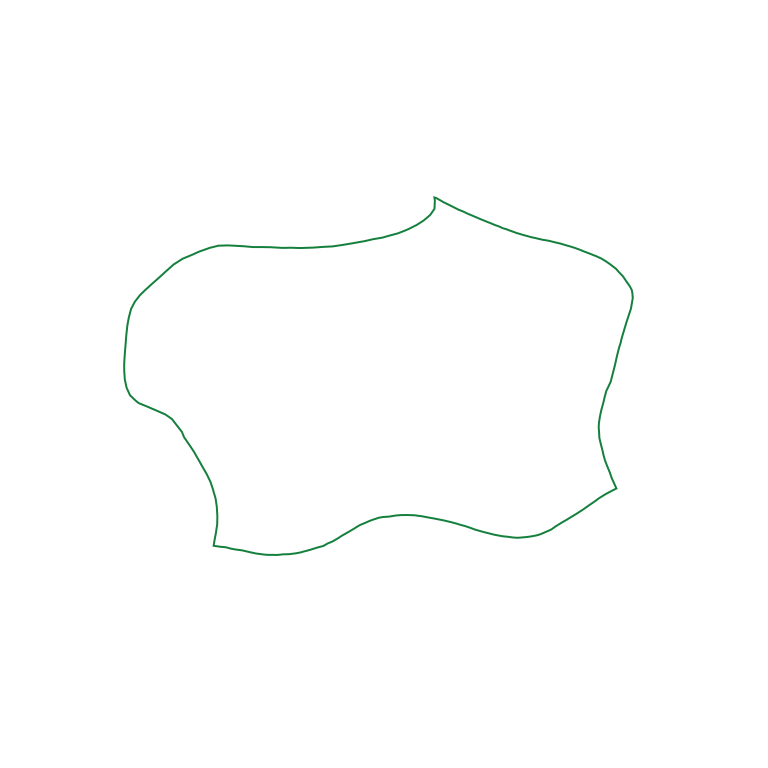 the district of Amd, Hadramawt, Yemen, rotated 217°
{"feature_id": "15242507B45832769830873", "entity_name": "Amd", "entity_type": "district", "adm_level": 2, "iso_a3": "YEM", "parent_name": "Yemen", "parent_adm1": "Hadramawt", "projection": "albers", "projection_center": [47.902, 15.341], "detail": "fine", "context": "isolated", "style": "outline", "palette": "green", "viewbox_px": 768, "rotation_deg": 217, "n_neighbors": 0, "source": "geoboundaries", "source_scale": "gbopen_adm2", "svg_char_len": 4354}
<svg xmlns="http://www.w3.org/2000/svg" viewBox="0 0 768 768"><g transform="rotate(217 384 384)"><path d="M422.7,152.3L420.8,153.3L416.8,155.5L412.3,158.3L409.7,159.4L407.8,160.1L403.3,162.3L400.0,164.2L396.3,166.2L396.2,166.2L390.1,168.9L384.2,171.6L380.4,173.8L379.4,174.3L375.2,176.8L373.6,177.9L371.3,179.6L369.3,181.1L366.5,183.1L365.1,184.4L361.7,187.6L359.1,189.6L357.1,191.2L355.6,192.7L352.6,195.6L348.9,199.7L347.7,201.4L345.2,204.5L342.5,208.1L341.5,209.5L338.7,213.4L336.5,216.2L335.0,218.1L333.0,222.8L330.9,226.3L330.1,227.8L329.1,230.2L327.8,233.4L326.3,237.6L324.6,241.5L323.9,243.1L322.8,245.7L321.4,249.1L321.1,249.9L319.7,253.5L318.9,255.5L318.2,257.1L316.2,260.5L313.1,266.0L311.9,267.9L311.1,269.1L307.4,274.4L304.5,277.4L300.0,281.3L299.9,281.4L295.5,286.0L291.5,289.6L290.4,290.4L286.4,293.5L280.5,297.6L278.5,298.7L274.3,301.1L267.6,304.4L263.9,306.3L262.5,307.0L260.0,308.2L255.5,310.4L252.9,311.6L251.2,312.3L247.0,314.2L243.6,315.5L242.8,315.9L238.3,317.5L233.6,319.4L230.8,320.3L228.8,321.0L226.1,321.8L224.3,322.3L219.3,324.2L214.5,326.1L210.0,328.0L205.5,329.9L201.6,331.8L197.6,333.8L193.7,336.2L190.1,338.2L189.2,338.7L188.1,339.4L185.0,341.4L182.1,343.9L180.8,345.1L179.3,346.4L177.3,348.3L174.2,351.4L171.0,355.0L170.5,355.6L169.0,357.7L168.2,358.9L165.4,363.9L164.3,365.8L162.8,368.6L161.3,373.4L159.9,377.0L158.2,381.4L157.5,382.9L156.3,385.8L156.1,386.2L155.8,387.1L153.5,392.9L152.3,395.8L152.0,396.6L151.2,398.9L150.6,400.5L150.3,401.2L149.1,404.7L147.7,409.1L147.0,411.3L146.2,413.6L144.7,418.1L144.4,419.3L143.6,422.0L142.1,425.9L140.7,429.5L138.9,433.4L137.2,437.0L136.6,438.2L135.5,440.4L141.6,443.8L145.5,445.9L151.0,449.6L156.8,453.0L161.8,456.2L164.4,458.2L166.2,459.6L170.6,463.3L171.4,463.9L175.3,467.0L179.7,470.7L183.5,475.3L186.3,478.4L189.0,482.4L192.0,488.0L195.0,494.5L195.7,496.4L196.3,497.9L197.0,499.6L197.9,501.9L199.2,504.8L199.6,505.5L200.9,508.9L201.9,511.3L202.3,512.3L202.5,513.4L203.0,516.0L204.3,522.1L204.7,523.1L207.0,528.6L207.7,530.3L208.4,532.0L211.1,538.5L214.1,545.0L215.7,548.7L218.4,555.2L219.7,559.1L221.3,562.5L222.7,566.2L224.2,570.3L225.1,572.6L226.5,576.5L227.3,578.6L228.4,581.8L229.4,584.8L232.1,592.7L234.0,596.4L234.8,598.0L237.2,602.6L238.0,603.4L240.0,605.7L242.7,608.2L246.6,610.0L248.7,610.7L251.9,611.7L255.0,612.8L258.0,613.8L263.6,614.7L266.5,615.3L267.7,615.6L271.4,615.7L274.0,615.7L276.4,615.7L278.6,615.6L280.6,615.5L285.9,615.0L291.8,613.7L293.4,613.2L297.6,612.1L303.0,610.5L308.3,609.1L313.6,607.5L317.3,606.2L320.9,604.8L327.1,602.5L327.4,602.4L333.5,599.7L336.9,598.3L340.3,596.7L344.0,594.7L346.8,593.5L347.6,593.1L351.3,591.5L354.9,589.8L358.3,588.5L362.2,586.9L365.8,585.6L368.9,584.4L371.3,583.7L375.7,582.3L378.9,581.4L379.6,581.2L383.2,579.8L383.9,579.7L387.2,579.0L389.6,578.2L391.1,577.7L395.6,576.6L400.3,575.3L403.0,574.6L405.1,574.0L409.6,572.9L414.1,571.8L419.1,570.5L424.1,569.5L427.9,568.5L429.2,568.1L433.7,567.3L437.0,566.7L437.6,566.6L441.8,565.8L443.9,565.4L444.3,565.3L446.0,565.0L450.2,564.5L452.1,564.2L454.1,564.0L456.0,563.3L453.7,561.0L450.0,555.6L449.1,554.2L448.9,548.3L448.9,546.4L449.7,542.9L450.7,538.5L453.6,530.7L457.4,523.0L458.5,521.0L459.3,519.6L463.6,512.6L465.8,509.8L468.4,506.5L473.5,499.8L477.1,496.0L480.3,492.6L482.2,490.3L485.4,486.5L491.1,480.4L493.2,478.1L496.5,474.6L501.8,469.1L507.8,463.0L515.1,456.9L523.0,450.0L527.0,446.8L532.3,442.5L537.5,438.8L540.8,436.5L543.5,434.3L547.6,431.2L552.5,427.9L556.6,425.2L565.0,419.1L571.2,414.4L579.1,409.5L581.3,408.0L586.1,404.8L589.5,402.5L593.2,399.9L596.2,397.4L599.4,394.9L604.1,389.1L605.0,388.0L606.0,386.5L611.3,378.5L615.0,371.7L615.6,370.7L620.2,362.9L623.9,352.9L625.3,346.0L626.0,342.5L626.8,338.2L627.9,332.4L629.6,324.1L631.2,315.7L632.4,307.8L632.4,306.4L632.5,299.7L632.0,296.9L631.2,291.8L627.7,283.3L624.2,276.3L623.3,274.8L619.3,268.1L613.9,259.6L609.2,252.2L607.4,249.4L604.6,245.2L603.2,243.2L599.1,237.8L596.1,234.4L593.7,231.6L587.3,226.1L581.8,223.1L579.9,222.1L572.7,221.3L571.5,221.2L568.4,221.1L559.4,223.5L540.3,228.1L532.3,228.4L516.5,224.1L511.7,221.2L503.0,218.3L494.7,215.4L488.1,212.5L486.6,211.9L478.6,208.4L471.1,205.2L463.9,201.5L457.1,196.9L456.8,196.6L455.5,195.6L449.6,191.2L443.8,185.5L437.5,178.1L432.6,171.3L430.8,167.9L428.8,164.3L426.4,159.4L425.3,157.2L422.7,152.3Z" fill="none" stroke="#15803d" stroke-width="2"/></g></svg>